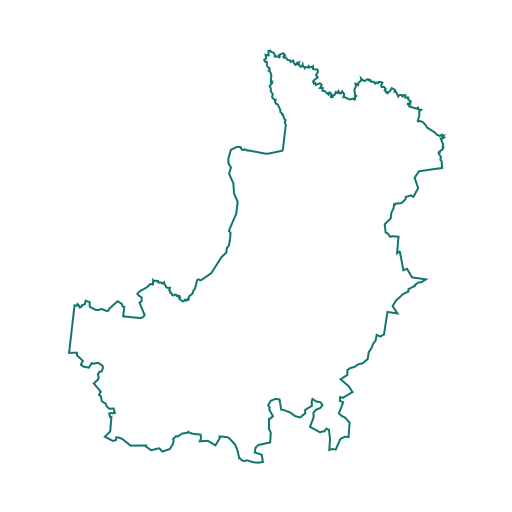 Embūtes pag., Vainodes, Latvia (Albers equal-area conic projection), rotated 277°
{"feature_id": "27541924B50643512275860", "entity_name": "Embūtes pag.", "entity_type": "district", "adm_level": 2, "iso_a3": "LVA", "parent_name": "Latvia", "parent_adm1": "Vainodes", "projection": "albers", "projection_center": [21.869, 56.513], "detail": "fine", "context": "isolated", "style": "outline", "palette": "teal", "viewbox_px": 512, "rotation_deg": 277, "n_neighbors": 0, "source": "geoboundaries", "source_scale": "gbopen_adm2", "svg_char_len": 6068}
<svg xmlns="http://www.w3.org/2000/svg" viewBox="0 0 512 512"><g transform="rotate(277 256 256)"><path d="M58.2,128.0L55.0,136.5L56.3,139.5L59.0,139.4L59.0,142.3L58.1,145.6L52.5,154.7L54.5,169.9L53.6,169.8L50.4,175.7L53.1,182.3L53.2,183.6L50.5,186.9L53.9,194.0L58.8,196.3L62.4,196.8L64.3,196.0L67.5,198.7L67.2,200.0L70.8,204.5L72.2,209.6L73.2,209.9L71.9,214.0L71.9,222.8L68.5,223.7L65.2,222.8L66.7,230.7L63.1,238.8L70.7,242.2L72.5,241.8L72.7,249.4L72.0,251.5L66.3,258.2L61.0,261.2L53.0,264.1L53.1,264.9L51.4,266.9L51.1,269.7L52.1,272.0L50.9,279.1L51.2,283.9L52.4,287.9L59.4,285.9L60.9,278.7L66.0,279.0L68.7,281.5L72.7,292.8L82.5,292.2L85.7,290.0L96.0,288.7L96.3,289.9L99.0,292.4L105.3,287.8L107.1,288.2L109.2,286.2L114.0,288.3L116.5,292.5L116.5,296.8L106.7,299.7L106.2,303.6L104.8,309.1L101.8,314.5L101.1,319.5L105.7,323.9L109.3,323.6L114.2,329.8L118.2,329.0L121.0,329.5L119.0,333.3L118.7,337.9L116.1,340.1L112.7,338.1L110.7,334.2L107.4,332.1L103.1,332.9L93.0,330.4L88.8,341.1L90.1,343.7L90.2,345.2L93.2,346.9L92.3,349.6L83.2,351.8L72.4,352.4L73.7,355.3L73.6,358.7L84.8,362.1L87.5,366.5L87.5,369.9L102.0,369.2L106.4,364.2L108.0,359.9L110.0,357.4L121.4,360.4L122.5,356.8L126.2,356.6L125.7,359.3L132.7,368.4L138.0,363.9L144.0,355.0L149.1,361.2L153.8,360.6L156.1,362.9L157.8,367.1L161.1,371.0L162.4,374.8L167.3,379.4L174.2,379.6L178.4,381.7L183.7,383.2L186.6,385.0L192.4,385.4L191.2,389.1L193.8,392.6L216.5,393.3L216.2,403.4L222.9,397.7L228.9,400.4L236.2,406.7L239.3,411.6L241.6,411.3L245.6,417.3L246.2,417.0L249.4,420.2L250.2,423.5L253.5,427.4L253.8,413.4L261.7,407.5L259.8,404.0L277.5,398.4L277.8,397.8L275.9,395.7L292.5,395.1L292.2,388.8L291.4,386.9L294.5,383.9L295.1,381.8L303.2,379.9L309.6,385.1L315.4,385.1L320.2,386.7L324.2,386.7L323.9,387.8L325.1,388.4L325.7,390.8L325.6,392.3L326.7,394.4L330.6,397.4L332.8,397.4L335.1,402.3L333.9,405.0L343.2,408.7L353.0,403.9L360.0,407.5L366.1,430.1L372.8,428.6L374.0,427.2L376.6,427.6L380.4,424.6L381.6,424.9L381.6,426.0L383.2,426.3L384.4,428.1L386.7,428.8L386.9,427.9L389.7,428.1L395.1,425.0L395.4,426.8L396.7,428.3L397.3,426.5L398.4,427.4L398.2,426.1L399.1,425.7L397.6,423.7L398.5,420.6L400.3,418.6L404.4,410.1L406.5,408.6L409.1,405.5L410.0,402.4L409.4,401.0L409.7,400.1L415.1,401.0L419.7,400.4L421.1,402.0L421.6,398.9L423.0,398.7L421.9,397.1L423.0,390.3L423.9,389.5L425.0,390.2L425.1,388.2L425.7,388.1L426.7,390.4L428.2,390.8L429.9,388.0L431.9,387.7L431.4,384.8L433.8,384.7L434.0,383.9L432.2,381.8L433.5,381.3L433.2,378.6L431.6,377.7L436.1,374.9L435.9,373.6L437.8,373.7L439.2,370.3L435.3,368.5L434.7,367.0L433.5,366.7L434.5,365.0L435.4,364.9L436.0,363.5L437.9,364.2L439.5,362.2L438.9,360.4L440.2,359.4L443.3,360.4L443.9,359.0L443.7,356.7L442.5,356.3L442.9,354.5L441.6,353.1L443.2,351.9L443.1,348.7L444.7,348.0L444.0,347.0L445.2,345.5L442.9,342.4L443.7,340.3L445.1,338.6L443.1,339.2L440.8,336.8L438.1,336.5L439.0,335.2L439.0,333.7L437.4,334.6L432.6,333.4L427.7,334.8L427.0,336.0L425.9,334.9L423.5,335.3L423.2,334.6L424.1,333.4L423.1,331.2L422.9,328.9L424.4,325.0L424.3,323.3L427.4,323.9L429.9,321.4L427.7,320.5L427.7,319.2L429.6,317.7L427.6,317.2L428.5,315.2L425.4,314.3L425.0,313.2L423.1,312.7L422.7,311.6L423.1,310.9L425.5,311.2L427.2,309.8L427.0,308.4L425.0,308.4L428.1,303.8L428.0,301.9L430.8,301.8L430.5,299.0L433.5,300.4L434.8,299.6L435.0,297.8L433.0,294.5L434.9,293.8L435.0,293.1L434.4,292.5L435.5,292.3L435.5,291.6L436.9,291.6L440.9,295.4L443.0,293.5L446.3,295.1L448.6,294.2L448.3,293.1L448.6,289.8L451.4,289.4L449.7,286.9L450.9,285.1L449.5,284.9L449.6,282.5L448.4,281.6L449.5,281.0L449.8,279.6L451.6,279.0L449.7,278.6L449.3,277.1L451.0,275.7L451.1,274.3L453.5,275.1L452.7,273.2L450.6,271.9L451.6,270.4L454.5,269.1L452.9,266.7L454.2,266.1L454.5,263.4L456.7,261.4L456.2,259.4L457.2,258.8L458.9,260.3L460.6,258.3L458.3,254.5L456.5,255.3L455.9,254.7L456.8,252.8L456.2,250.4L457.7,250.3L459.9,248.7L460.4,246.2L461.6,245.1L460.9,243.3L456.7,244.1L456.5,243.4L456.8,241.0L453.4,242.0L451.6,240.2L449.8,241.5L450.0,243.1L446.4,243.6L444.8,244.9L444.1,246.7L441.7,246.1L441.9,246.8L437.6,249.2L432.6,249.3L431.3,249.7L431.2,250.6L430.3,250.0L430.3,250.7L429.4,250.9L426.5,248.8L424.3,250.3L421.6,250.5L418.4,253.0L415.5,252.6L413.2,255.5L413.4,256.5L411.2,256.1L409.6,257.3L409.5,258.5L408.5,259.5L404.4,262.1L401.8,262.7L400.5,264.7L399.4,264.9L399.4,265.5L394.9,267.8L394.4,268.8L391.8,268.3L389.7,269.6L364.9,269.7L363.6,269.1L359.0,255.3L358.7,253.1L359.9,235.5L359.5,235.2L360.5,232.0L359.8,230.9L359.9,228.8L362.2,227.5L362.1,224.0L358.3,218.1L348.8,216.7L344.8,217.3L340.7,220.4L334.4,219.2L325.3,224.7L315.3,226.6L307.5,231.2L295.6,231.2L277.6,226.0L275.9,227.9L268.7,228.2L263.0,227.8L260.2,226.0L255.9,226.2L250.9,222.0L233.5,213.7L225.1,204.2L225.8,201.6L224.9,200.5L216.4,199.5L213.7,198.0L211.0,197.6L207.7,194.4L204.2,194.3L204.1,193.0L203.5,192.4L204.3,192.3L203.7,191.3L203.9,190.7L202.1,189.5L202.0,188.8L204.0,185.4L204.7,184.8L205.7,185.5L205.9,184.6L207.1,184.6L206.6,182.6L207.4,182.3L207.9,180.4L206.9,179.6L206.9,177.6L208.7,176.8L209.0,175.4L210.5,175.3L211.3,174.1L213.9,174.4L213.5,172.5L214.1,170.6L215.6,170.1L216.4,168.7L218.8,167.9L217.2,166.2L218.1,164.9L217.7,163.1L218.1,162.1L219.3,161.9L218.9,160.7L219.4,159.3L218.4,157.9L219.4,156.9L215.2,157.2L215.3,154.7L211.3,151.1L206.5,144.5L204.0,142.8L202.5,144.3L200.9,147.7L197.0,147.9L195.5,146.1L183.7,152.7L181.5,151.2L180.3,149.1L179.9,131.5L189.4,131.5L189.7,129.7L191.8,129.0L194.3,124.2L186.4,117.2L183.8,116.1L183.2,114.6L184.6,109.2L183.3,106.6L182.9,103.8L185.3,97.2L189.9,96.5L190.9,92.4L187.3,92.0L185.8,89.2L184.1,88.7L183.4,87.3L185.2,86.4L186.5,84.7L184.9,84.5L184.9,81.9L137.1,82.3L138.2,90.0L135.7,90.4L130.8,96.9L126.7,95.4L125.2,98.2L124.8,103.7L129.7,106.0L129.2,107.4L130.8,112.3L128.5,116.9L126.5,117.8L122.7,116.9L122.0,114.8L119.3,113.4L116.1,114.8L113.8,114.0L109.8,110.5L102.5,118.4L99.0,117.1L97.8,119.2L93.1,120.7L91.0,125.0L88.4,126.2L86.5,129.1L87.3,133.3L83.0,135.0L82.6,134.5L82.5,131.7L81.8,129.5L78.2,130.9L78.0,131.6L78.4,132.1L64.0,132.7L58.2,128.0Z" fill="none" stroke="#0f766e" stroke-width="2"/></g></svg>